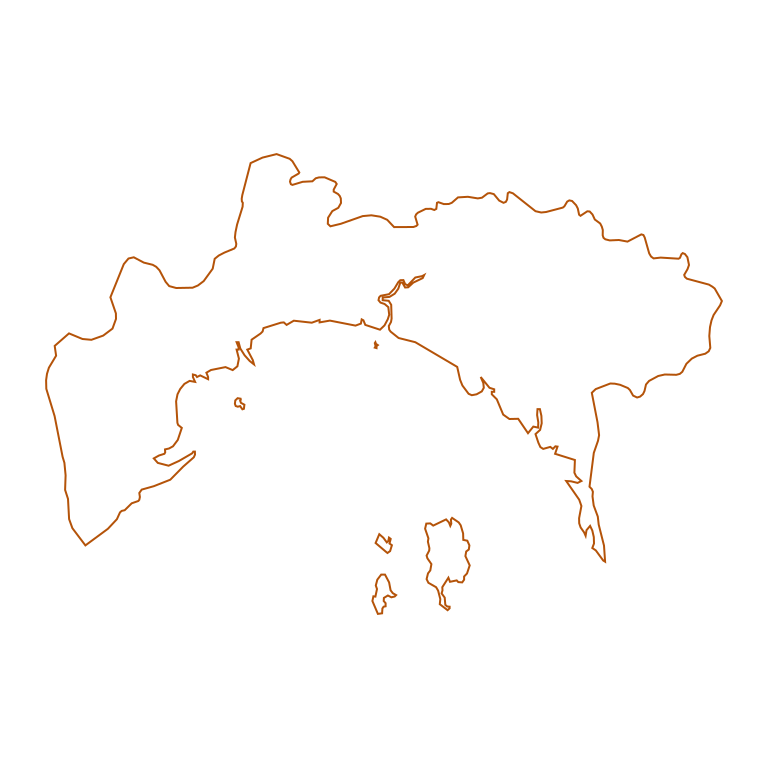 the border of Panama
{"feature_id": "PAN-1340", "entity_name": "Panama", "entity_type": "Province", "adm_level": 1, "iso_a3": "PAN", "parent_name": "Panama", "parent_adm1": "", "projection": "robinson", "projection_center": [-79.066, 8.844], "detail": "fine", "context": "isolated", "style": "outline", "palette": "amber", "viewbox_px": 768, "rotation_deg": 0, "n_neighbors": 0, "source": "natural_earth", "source_scale": "10m", "svg_char_len": 6114}
<svg xmlns="http://www.w3.org/2000/svg" viewBox="0 0 768 768"><path d="M605.1,561.7L603.2,560.5L595.8,550.4L592.3,548.0L594.0,543.5L593.8,537.1L592.3,530.5L590.1,525.9L586.5,530.2L585.6,535.8L584.1,532.4L580.6,527.4L579.2,523.3L579.1,518.2L581.4,506.0L579.2,499.7L566.2,481.0L571.0,481.3L577.6,482.9L581.4,481.0L576.2,476.4L574.4,472.7L574.9,460.0L555.1,453.8L557.5,446.6L555.4,446.3L552.9,448.9L550.3,446.9L543.2,448.9L540.4,447.1L538.4,442.8L535.5,434.1L540.1,429.9L541.7,423.3L541.4,415.9L539.9,409.1L537.5,409.1L537.1,415.0L538.3,422.4L538.1,427.6L533.3,426.6L528.0,433.2L518.2,418.8L509.4,419.0L503.2,414.6L496.8,399.3L491.8,394.3L491.8,391.8L494.2,391.8L494.2,389.3L489.5,387.8L480.7,377.0L483.3,383.0L483.8,387.8L481.8,391.4L476.6,394.3L471.8,395.2L468.6,393.8L462.4,385.5L460.1,379.8L457.2,366.9L415.3,342.2L398.6,338.0L390.6,331.6L389.2,329.6L388.8,326.0L391.0,322.0L391.6,318.6L391.2,304.8L388.7,300.8L382.7,300.2L382.7,297.5L389.5,296.9L394.7,293.7L398.3,288.7L400.3,282.6L402.3,282.6L405.1,287.5L408.2,287.3L413.3,282.6L422.7,278.1L424.2,275.0L422.2,276.1L415.3,277.5L407.8,285.3L405.2,284.2L403.4,280.1L400.3,280.2L398.3,282.1L394.4,288.6L389.0,294.2L380.6,295.8L379.1,297.4L378.5,300.2L380.5,302.6L384.6,304.0L388.3,307.1L389.2,314.8L387.8,319.2L384.5,325.4L380.0,329.7L365.3,324.9L363.4,320.3L361.7,319.4L360.9,323.6L355.5,325.6L329.9,320.6L319.6,322.4L319.6,319.9L311.8,322.7L293.8,320.7L286.6,324.9L283.8,322.4L280.8,322.7L263.5,328.1L262.6,331.5L260.6,333.5L251.6,339.7L250.7,348.4L247.3,349.6L252.8,360.1L254.0,364.4L249.8,361.1L244.6,355.3L240.3,348.5L238.6,342.2L236.6,342.2L238.6,347.3L238.6,349.6L236.6,349.6L238.9,358.6L237.4,366.3L232.7,370.1L225.5,367.1L211.0,370.0L206.4,372.7L208.1,377.0L208.1,379.2L200.2,375.4L197.0,377.0L195.7,375.2L192.9,374.5L192.9,377.0L195.1,381.9L189.6,380.9L184.4,383.9L180.2,389.0L177.5,394.3L176.1,401.3L177.4,422.8L178.1,424.9L181.8,427.9L177.8,439.9L173.0,446.3L169.0,448.5L165.0,449.4L165.2,452.4L164.4,453.8L159.0,455.5L153.8,458.4L157.8,462.9L168.6,465.7L178.9,461.0L192.2,453.3L193.3,451.6L194.9,451.6L195.0,454.6L193.8,457.3L183.1,466.7L170.3,479.7L153.8,486.2L141.7,489.6L139.3,493.0L139.9,497.0L139.3,499.8L138.3,501.0L131.7,503.3L124.7,510.2L121.7,510.9L120.0,512.4L116.9,519.2L107.9,528.8L85.4,545.4L72.4,528.2L69.1,519.1L68.0,498.9L65.1,489.9L65.6,475.3L64.4,462.8L62.6,456.8L54.6,416.1L46.3,388.8L46.1,380.2L47.0,373.8L48.9,367.7L56.1,355.7L54.7,345.9L69.0,333.4L82.5,339.0L91.4,339.8L103.2,335.6L112.5,328.6L116.0,318.9L115.9,313.4L110.4,297.3L123.8,264.1L128.5,258.5L133.8,257.3L143.8,262.6L152.7,264.8L156.2,266.8L159.5,270.3L165.6,281.8L169.2,286.1L176.2,288.0L192.6,287.7L197.9,285.5L203.7,281.1L212.7,268.7L214.7,258.8L218.8,255.5L224.4,252.6L234.3,248.5L235.9,246.5L236.3,243.9L234.9,237.5L235.5,232.1L237.1,224.5L242.6,206.7L242.8,202.8L241.9,201.4L241.7,198.8L242.3,195.1L250.6,163.1L262.5,157.6L276.6,154.1L289.7,158.8L292.4,161.2L299.3,172.5L298.7,173.5L291.6,177.6L290.5,179.5L290.0,181.7L290.9,184.2L292.4,184.9L302.7,181.8L312.4,181.3L315.7,178.3L319.0,177.4L324.6,177.3L335.3,181.9L336.7,184.0L333.7,189.6L333.7,191.6L338.0,194.0L339.7,195.9L340.8,198.4L341.0,203.0L338.3,207.8L332.3,211.1L328.1,217.7L327.8,223.8L330.4,226.3L340.8,223.8L362.7,216.1L371.4,215.3L380.3,216.7L387.2,219.8L394.1,227.1L413.4,227.0L416.3,226.0L417.6,224.7L415.2,216.6L416.1,214.4L417.9,212.7L425.7,208.9L431.0,208.8L434.3,210.0L436.3,208.9L437.0,202.8L438.4,202.2L443.9,204.1L448.8,204.0L451.8,202.8L458.0,197.4L467.9,196.8L477.8,198.4L482.0,197.7L487.7,193.4L490.0,193.1L493.8,194.1L499.2,200.6L503.5,202.8L505.8,201.9L507.1,199.5L507.8,193.2L509.4,192.1L512.9,193.3L535.5,211.2L541.2,212.5L546.1,212.0L562.8,207.6L564.4,206.3L567.2,201.6L569.3,200.4L572.1,201.0L576.1,205.2L577.8,208.5L579.1,214.7L580.5,215.8L587.3,211.3L589.7,211.5L592.5,214.5L594.8,219.5L600.2,223.5L601.8,226.6L602.8,230.0L602.7,235.3L603.5,237.8L605.3,239.3L609.7,240.4L618.9,240.0L627.5,241.6L641.3,234.4L643.4,235.0L644.7,237.5L649.2,253.4L651.1,256.6L653.6,258.4L660.7,257.6L678.6,258.7L680.0,257.8L681.4,254.3L682.7,253.1L684.9,254.0L687.4,257.2L689.0,265.0L687.5,269.2L684.2,274.9L684.9,276.9L686.9,278.7L708.9,284.6L712.4,286.7L714.7,288.5L721.9,301.0L720.1,305.3L713.6,315.0L711.5,320.4L710.0,327.1L709.3,336.0L710.3,347.9L708.7,351.3L705.3,353.7L697.4,355.7L691.8,358.6L686.4,363.8L682.3,371.8L679.8,373.9L676.3,374.8L664.8,374.5L658.2,376.0L649.1,380.9L646.0,384.5L644.5,391.0L643.0,394.1L640.1,396.6L637.1,397.5L633.1,395.6L629.9,390.0L627.8,388.0L620.1,384.8L614.8,383.7L610.3,383.5L595.7,389.1L591.8,392.8L597.5,422.2L599.1,435.2L598.0,440.8L593.8,452.9L589.5,486.7L591.8,489.1L592.9,491.8L592.5,496.4L593.7,505.5L597.8,516.6L598.7,524.6L604.0,545.6L605.1,561.7ZM451.3,523.7L450.9,519.6L452.1,517.9L458.7,522.4L460.7,525.3L463.1,533.4L463.3,539.9L467.3,540.7L469.4,545.4L468.8,549.5L466.2,551.5L465.4,556.1L469.7,565.4L467.0,573.5L464.1,576.5L464.1,579.7L462.2,582.4L458.3,582.1L456.7,580.4L450.0,581.8L448.4,577.7L442.3,587.2L442.5,590.3L441.6,593.4L444.7,597.6L445.3,604.8L447.2,606.5L449.6,606.7L449.6,608.3L447.6,610.2L439.8,604.2L440.3,599.1L438.1,590.6L436.1,587.2L428.4,582.8L426.6,579.1L428.0,573.4L430.3,570.4L431.4,564.1L427.4,558.3L426.6,555.6L429.2,550.6L429.4,548.2L427.9,541.7L428.4,538.3L425.1,528.7L426.3,523.6L430.3,523.4L433.2,525.6L446.1,519.4L448.9,522.4L450.3,525.9L451.3,523.7ZM385.0,574.6L389.1,582.4L390.6,590.3L392.8,593.2L396.1,595.1L394.7,596.5L391.4,597.3L387.9,595.5L383.9,597.9L383.7,601.0L385.6,603.2L385.6,606.3L383.6,606.7L382.4,608.5L382.1,613.3L377.9,613.9L372.4,601.0L373.4,596.3L375.4,596.6L377.0,589.0L375.8,585.5L377.3,579.7L381.2,574.6L385.0,574.6ZM390.1,551.1L387.4,553.0L375.6,543.0L379.3,534.2L383.5,537.9L386.8,542.4L388.3,541.0L389.0,537.6L390.7,538.9L389.5,543.5L391.9,545.2L390.1,551.1ZM235.3,400.4L237.6,398.2L240.6,398.7L240.8,399.8L240.1,400.7L241.0,402.9L244.4,404.7L243.9,408.8L242.4,409.3L240.1,406.1L237.8,406.7L235.7,406.0L234.9,403.8L235.3,400.4ZM374.8,343.1L375.4,342.2L376.0,343.9L377.8,345.1L376.5,346.1L376.5,348.1L374.8,347.6L375.6,346.2L374.8,343.1Z" fill="none" stroke="#b45309" stroke-width="2"/></svg>